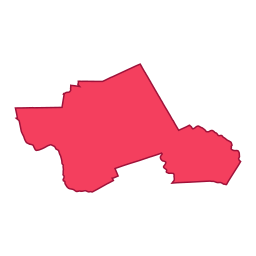 Galateni, Teleorman, Romania (Natural Earth projection)
{"feature_id": "2599482B36470175695106", "entity_name": "Galateni", "entity_type": "district", "adm_level": 2, "iso_a3": "ROU", "parent_name": "Romania", "parent_adm1": "Teleorman", "projection": "natural_earth1", "projection_center": [25.383, 44.233], "detail": "fine", "context": "isolated", "style": "filled", "palette": "rose", "viewbox_px": 256, "rotation_deg": 0, "n_neighbors": 0, "source": "geoboundaries", "source_scale": "gbopen_adm2", "svg_char_len": 5571}
<svg xmlns="http://www.w3.org/2000/svg" viewBox="0 0 256 256"><path d="M81.5,191.3L83.0,191.1L84.2,190.8L85.3,190.7L86.2,190.9L87.2,191.4L88.3,191.8L89.1,191.9L89.6,191.7L90.6,191.6L91.1,191.7L91.8,191.9L92.1,191.9L92.4,191.9L97.1,189.4L107.4,183.6L108.1,183.3L113.4,180.5L112.2,178.2L113.4,178.0L118.1,176.0L117.3,174.0L115.0,168.5L123.9,165.4L129.4,163.6L139.4,160.5L143.8,159.0L147.1,157.9L147.3,157.8L147.5,157.8L147.6,157.7L150.0,156.9L151.4,156.5L157.0,154.7L160.7,153.4L160.9,153.3L161.2,153.3L161.5,153.1L161.8,153.4L162.0,153.6L162.1,153.9L162.0,154.1L162.0,154.4L161.8,154.6L161.1,155.5L160.4,156.9L160.4,157.1L160.4,157.7L160.6,158.4L160.8,159.0L161.5,159.9L162.0,160.4L162.5,160.8L162.9,161.0L163.4,161.0L164.8,161.5L165.4,161.8L165.6,161.9L165.7,162.1L165.8,162.4L165.8,162.8L165.5,163.7L165.3,164.1L164.8,164.8L164.5,165.3L164.2,165.7L163.7,166.2L163.6,166.5L163.6,167.2L163.7,167.4L164.2,168.0L166.4,169.6L166.6,169.9L166.7,170.3L166.6,170.7L166.3,171.5L166.3,172.0L166.9,172.5L167.8,172.8L168.4,173.2L169.7,173.3L171.0,173.2L171.4,173.2L171.7,173.3L173.0,173.4L173.4,173.5L173.8,174.0L173.9,174.3L174.1,174.9L174.1,175.8L174.0,176.2L174.1,176.8L174.2,177.8L174.3,178.9L174.2,180.0L174.0,180.5L173.6,181.1L173.0,181.7L172.6,182.3L172.0,183.1L177.0,182.7L190.5,182.1L207.7,181.2L209.9,181.1L212.0,181.4L213.2,181.3L214.5,181.6L216.6,182.4L217.6,182.6L220.6,182.5L222.0,183.1L223.6,184.1L224.4,184.1L224.9,184.3L225.3,184.4L226.1,184.6L226.4,184.5L226.5,184.5L228.4,181.1L232.8,174.1L238.7,164.8L240.6,161.5L240.1,161.1L239.4,160.4L239.1,160.0L238.9,159.6L238.8,159.2L238.6,158.8L238.7,158.5L238.8,158.1L239.4,157.0L239.4,156.8L239.5,156.6L239.4,155.5L239.3,153.7L239.1,152.6L238.8,152.0L238.3,151.2L238.0,150.8L237.7,150.7L237.3,150.6L236.4,150.5L235.3,150.6L233.7,150.5L233.3,150.3L232.4,150.0L231.3,149.1L231.1,148.8L231.1,148.6L231.2,148.2L231.4,147.4L231.3,147.0L231.2,146.7L231.3,146.1L231.6,145.9L231.9,145.6L232.0,145.3L231.9,144.6L231.2,142.6L231.0,142.3L230.6,141.9L229.8,141.5L229.2,141.1L228.5,140.7L227.9,140.5L227.2,140.1L224.7,138.1L223.5,137.4L223.1,137.1L222.7,136.6L222.4,136.2L221.8,135.6L221.5,135.5L220.9,135.4L219.3,135.7L218.7,135.6L218.2,135.4L217.6,134.6L217.0,133.7L216.6,133.3L216.0,132.9L215.5,132.8L214.7,132.3L214.5,132.2L214.2,131.7L213.8,131.4L213.3,131.1L213.0,130.8L212.7,130.6L212.1,130.5L211.8,130.5L211.3,130.5L210.9,130.6L210.3,130.8L209.4,131.4L208.9,131.6L208.1,131.8L207.1,131.8L206.1,131.5L206.0,131.4L205.7,130.8L205.0,130.0L204.7,129.7L203.1,128.5L202.4,128.0L202.1,127.8L201.4,127.6L199.0,126.3L198.6,126.1L197.7,126.1L197.1,126.3L196.5,126.6L196.0,126.9L194.7,128.0L193.9,128.4L193.6,128.6L193.3,128.7L192.8,128.8L192.5,128.6L192.2,128.3L191.6,127.2L191.3,126.9L191.1,126.6L190.7,126.3L190.0,125.8L189.9,125.5L189.8,125.4L189.4,125.2L188.3,125.8L186.4,126.8L178.7,130.3L174.8,123.7L173.1,120.5L173.0,120.4L172.8,120.3L172.7,120.2L170.6,116.5L169.9,115.2L169.1,113.9L167.0,110.3L165.3,107.5L162.6,102.9L162.5,102.5L160.7,99.6L159.4,97.2L158.6,96.0L157.2,93.5L156.6,92.6L156.4,92.1L156.2,91.8L155.3,90.3L154.6,89.1L154.1,88.1L153.6,87.4L152.5,85.4L150.9,82.7L150.6,82.0L149.6,80.4L147.1,76.0L146.0,74.3L145.5,73.2L144.6,71.9L143.4,69.8L142.9,68.9L141.4,66.4L141.2,66.0L141.3,66.0L140.2,64.1L136.4,65.7L125.6,70.7L115.3,75.5L112.5,76.8L110.7,77.5L104.6,80.5L102.6,81.4L95.8,81.4L86.5,81.3L82.5,81.3L82.4,81.4L79.2,81.2L78.3,81.3L78.4,81.6L78.4,82.7L78.2,83.2L78.1,83.6L78.1,83.8L77.9,84.3L78.1,85.0L78.4,85.0L78.7,85.5L79.1,85.9L79.6,86.5L74.9,85.8L73.3,85.6L71.1,85.4L70.8,85.3L70.7,86.2L70.8,87.1L70.7,87.6L70.6,88.0L70.6,88.5L70.6,88.9L70.7,89.7L70.7,90.1L70.6,90.5L70.2,91.1L69.9,91.5L69.7,91.7L69.2,92.0L68.7,92.2L68.1,92.3L67.3,92.3L66.8,92.4L66.5,92.4L66.1,92.5L65.4,93.0L65.2,93.2L64.0,93.4L63.7,93.6L63.5,94.0L63.4,94.2L64.1,94.4L63.1,100.7L62.0,107.4L42.3,107.7L34.1,107.8L32.7,107.7L24.1,107.9L15.4,108.0L16.7,114.1L17.2,116.9L17.4,118.2L16.5,118.1L16.2,118.2L18.5,120.1L18.9,120.4L19.0,120.6L19.3,121.4L19.6,122.8L20.4,126.7L21.2,130.9L21.5,131.9L22.8,134.7L23.6,136.2L23.8,136.8L24.1,137.5L24.4,138.6L25.0,140.0L25.2,140.5L25.7,141.4L26.3,142.3L26.4,142.5L26.6,142.7L27.2,143.0L29.4,144.1L29.6,144.2L29.8,144.1L30.1,144.3L30.9,144.4L32.0,144.7L32.4,144.9L33.0,145.2L33.3,145.6L33.5,146.0L33.7,146.6L34.6,148.4L35.2,149.6L35.4,149.8L35.9,150.2L36.3,150.4L36.9,150.3L38.2,150.1L38.8,150.0L39.9,149.6L42.2,148.7L44.3,147.7L46.8,146.3L48.0,145.6L48.5,145.5L50.0,144.9L50.4,144.8L51.0,144.7L51.4,144.9L54.0,146.2L54.6,146.6L55.0,147.1L55.9,148.8L56.1,149.1L57.0,149.5L58.1,150.2L58.3,150.3L58.6,150.7L59.2,152.5L59.6,153.9L60.2,155.1L60.4,155.5L60.9,156.9L61.0,157.6L61.2,158.1L61.4,158.8L61.5,159.4L61.6,159.8L61.8,160.7L61.9,161.6L62.0,163.3L62.1,163.6L62.3,164.0L62.8,164.5L63.0,164.8L63.2,165.1L63.2,165.3L63.2,166.1L63.1,166.5L63.1,167.1L63.2,167.6L63.3,168.3L63.3,168.8L63.4,169.2L63.4,169.7L63.2,171.0L63.2,172.3L63.2,172.8L63.2,173.4L63.2,173.9L63.0,174.3L63.2,174.9L63.3,175.2L63.4,175.4L63.8,175.7L63.9,175.9L64.1,176.5L64.1,177.0L64.0,177.6L63.7,178.4L63.6,178.9L63.2,179.1L63.1,179.4L63.2,180.1L63.4,180.8L63.6,180.9L63.7,181.0L64.1,181.0L64.5,181.2L64.7,181.3L64.8,181.4L64.9,181.8L64.9,182.4L65.1,183.1L65.0,183.4L65.3,184.1L65.6,184.7L65.8,185.0L66.2,185.3L66.3,185.7L66.5,186.0L66.6,186.3L66.9,186.7L67.4,187.2L67.9,187.7L68.6,188.3L69.9,188.8L71.2,189.0L73.0,189.4L74.5,190.2L74.8,190.5L75.2,190.8L75.9,191.2L76.2,191.4L76.8,191.5L77.1,191.5L77.4,191.4L78.0,191.3L79.6,191.0L80.1,191.0L80.5,191.2L80.8,191.3L81.2,191.2L81.5,191.3Z" fill="#f43f5e" stroke="#9f1239" stroke-width="1.5"/></svg>